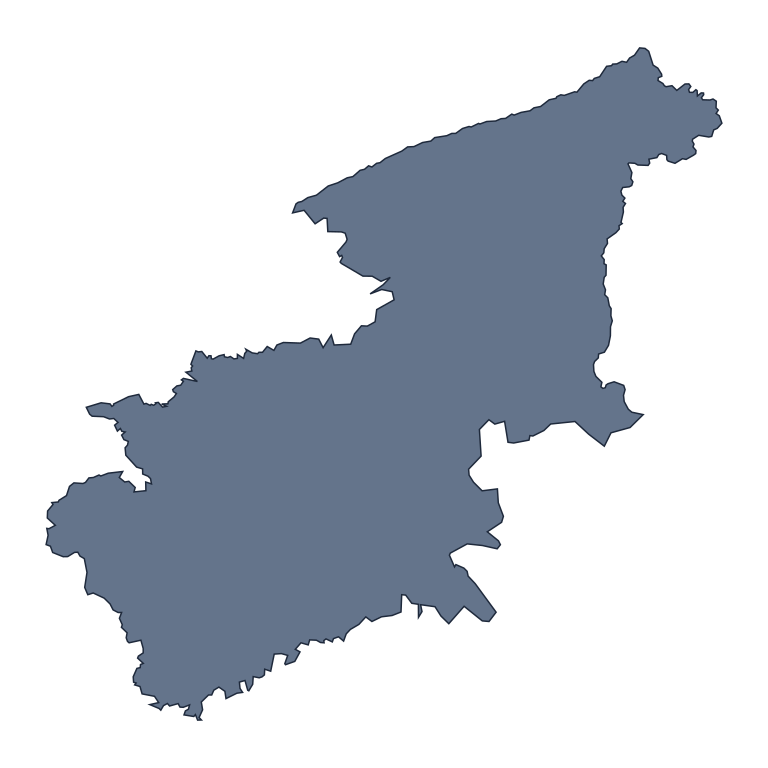 Namakwa, Northern Cape, South Africa, rotated 90°
{"feature_id": "47623444B2552562251298", "entity_name": "Namakwa", "entity_type": "district", "adm_level": 2, "iso_a3": "ZAF", "parent_name": "South Africa", "parent_adm1": "Northern Cape", "projection": "albers", "projection_center": [17.588, -30.489], "detail": "fine", "context": "isolated", "style": "filled", "palette": "slate", "viewbox_px": 768, "rotation_deg": 90, "n_neighbors": 0, "source": "geoboundaries", "source_scale": "gbopen_adm2", "svg_char_len": 6081}
<svg xmlns="http://www.w3.org/2000/svg" viewBox="0 0 768 768"><g transform="rotate(90 384 384)"><path d="M511.0,720.4L518.0,720.7L525.3,712.7L528.7,719.0L528.4,721.2L535.3,719.9L544.6,721.9L546.2,717.6L552.5,715.3L556.7,704.8L556.6,700.3L552.4,693.5L552.2,690.2L556.1,688.0L558.6,683.7L572.4,681.0L587.4,683.3L594.7,680.2L593.0,674.8L598.1,663.9L604.0,657.9L609.9,654.9L612.5,649.9L612.5,646.4L618.3,648.6L624.8,645.7L627.3,646.6L632.8,640.9L637.8,641.8L641.4,640.5L642.8,638.9L640.2,627.1L648.5,624.8L652.9,624.8L656.1,629.6L658.1,630.4L663.4,624.7L664.5,627.5L667.6,627.8L668.4,631.1L676.8,634.8L682.2,634.4L683.0,631.9L684.9,633.3L686.5,628.0L693.9,625.9L696.3,613.5L702.6,609.3L704.6,618.2L708.5,608.9L710.2,607.2L705.6,604.5L703.5,600.6L706.0,598.4L703.6,589.9L707.1,588.0L707.3,584.7L704.9,578.4L709.2,579.6L710.9,582.6L714.9,584.0L716.5,574.2L714.6,572.6L720.1,570.4L720.0,566.6L717.5,568.9L709.8,565.4L702.0,566.7L695.0,559.5L695.0,556.3L690.2,554.2L687.1,549.1L691.3,543.1L698.6,542.0L693.2,531.1L692.4,525.4L688.4,528.0L682.1,528.6L680.5,523.0L690.2,520.3L690.8,519.2L684.3,515.3L676.6,514.8L677.8,508.8L676.9,506.0L674.9,503.6L669.2,503.3L671.2,497.3L654.1,493.8L653.6,486.6L655.4,480.3L663.7,483.2L664.7,482.5L661.4,473.2L651.9,468.0L649.3,472.7L642.8,467.0L644.9,459.8L639.9,458.3L640.2,451.6L642.5,447.5L642.8,443.9L640.6,444.2L638.9,442.0L641.9,435.7L638.6,434.5L636.8,429.5L641.1,424.4L633.9,421.8L629.4,417.6L624.4,409.1L616.9,402.2L621.5,396.1L616.8,386.5L615.5,375.9L612.0,367.0L594.7,366.3L595.1,362.3L603.3,356.2L604.3,349.6L617.3,349.5L611.6,346.0L604.7,347.4L606.7,333.0L616.1,327.0L623.7,319.2L606.3,303.9L620.9,285.7L621.5,279.0L612.2,271.9L583.8,292.7L576.1,299.9L571.3,300.9L568.1,304.1L564.6,312.1L566.9,313.5L555.2,318.6L553.1,317.7L543.9,300.8L545.5,285.6L548.8,270.8L544.7,267.6L540.9,269.5L531.8,280.7L522.3,266.4L516.3,264.6L502.8,269.7L488.9,270.6L490.8,285.9L482.2,294.5L475.2,298.9L469.2,299.4L456.1,286.9L429.5,288.6L419.7,279.1L424.1,273.2L421.3,263.4L442.3,260.0L443.0,254.3L440.1,239.0L435.6,238.1L436.0,235.1L430.5,224.1L424.0,217.3L421.5,193.0L434.2,179.3L446.2,163.7L432.8,157.0L427.5,137.9L414.6,124.8L412.2,136.2L409.2,139.7L401.6,143.8L395.3,144.5L389.6,142.9L385.4,144.3L381.8,153.9L383.7,160.0L385.0,161.9L387.7,162.7L388.4,165.1L386.8,167.1L382.3,166.1L376.4,172.1L371.4,174.1L364.6,174.5L361.5,173.4L357.9,169.7L354.0,169.4L352.2,163.6L345.4,159.5L335.8,157.6L326.7,157.5L320.8,155.7L315.8,157.1L308.6,156.9L305.8,158.7L297.8,160.2L294.7,163.3L289.8,162.5L284.0,164.8L277.3,163.8L275.3,162.0L264.9,161.8L263.7,164.0L259.6,163.8L255.9,166.7L252.8,164.2L248.7,163.8L243.4,160.5L238.9,160.9L232.7,152.1L229.0,148.7L225.7,149.0L223.6,145.8L222.4,147.0L212.0,144.6L207.3,144.9L203.5,142.5L201.3,145.2L198.1,143.1L195.1,146.1L191.2,147.1L187.5,145.3L186.8,138.8L185.5,136.3L181.8,135.1L178.6,137.2L172.6,136.1L163.9,140.0L162.9,139.0L163.3,133.1L165.0,130.2L165.4,119.9L163.1,118.3L159.2,119.1L157.6,111.1L154.5,109.2L153.5,106.4L155.4,101.4L159.7,101.1L161.1,99.9L163.3,93.0L158.7,85.5L159.4,81.9L155.2,74.5L153.6,72.3L150.5,72.0L146.9,75.0L144.1,74.0L141.2,75.7L139.2,75.4L135.3,69.3L137.0,59.2L136.4,56.3L129.9,54.3L128.4,50.8L123.2,46.1L115.8,48.7L113.5,51.9L110.1,49.7L107.8,52.0L101.2,51.7L99.0,55.0L100.0,58.0L99.8,65.3L97.8,66.6L94.7,64.3L93.0,64.5L92.9,66.8L96.0,70.6L90.6,70.9L89.7,72.1L92.4,75.2L92.3,78.5L89.6,79.4L86.5,77.2L83.9,79.1L84.0,83.0L90.4,91.2L85.7,96.0L86.7,101.9L85.8,103.6L83.5,105.1L80.5,110.0L77.7,109.7L76.3,106.2L74.2,106.4L68.1,110.2L65.1,114.9L51.3,119.3L48.4,123.0L47.9,128.4L55.2,133.5L58.0,138.4L62.3,141.4L61.3,146.0L63.9,151.2L64.1,155.3L65.7,156.5L66.3,161.4L76.7,168.3L78.4,173.7L80.6,175.4L80.3,178.8L83.9,184.2L92.2,191.1L91.8,193.4L95.4,203.7L94.8,207.2L96.7,211.2L98.3,212.0L99.8,218.8L106.5,227.4L107.8,234.0L110.8,238.0L112.4,246.9L115.1,253.9L114.1,256.2L118.4,262.4L118.7,266.9L121.0,272.3L121.5,281.3L124.0,288.1L123.4,289.4L127.0,296.8L126.5,299.0L128.5,305.5L133.4,312.3L133.4,316.2L135.7,321.2L137.6,333.3L141.1,337.2L142.5,345.4L146.6,354.0L146.9,360.4L151.1,366.2L158.5,382.7L162.7,388.0L163.3,391.4L167.0,396.1L165.8,399.4L169.3,403.5L170.3,407.9L176.6,415.1L177.8,420.8L182.8,430.2L186.0,439.8L195.2,451.6L197.6,460.2L201.5,466.2L202.3,469.8L203.9,472.0L212.9,475.4L210.3,463.9L223.8,452.9L218.1,444.3L218.4,440.9L231.6,440.2L231.9,426.6L233.2,422.8L239.3,420.9L242.0,422.0L252.3,430.7L256.6,428.4L255.4,426.3L257.5,425.5L262.0,427.9L263.4,426.7L276.1,405.1L276.2,395.8L281.3,387.0L277.4,377.7L284.8,384.9L293.9,397.9L289.5,386.3L291.7,375.8L299.8,373.9L309.6,391.3L321.8,392.9L326.1,400.7L325.8,406.6L333.8,413.4L344.2,417.3L345.0,433.9L335.0,436.7L347.7,444.9L339.1,449.3L338.0,457.9L343.1,467.6L342.5,484.6L345.0,491.1L350.4,494.1L346.5,500.8L352.3,505.5L352.3,509.1L353.7,510.4L352.9,515.8L349.2,522.2L351.2,521.3L353.4,523.2L358.4,524.4L354.4,530.6L358.4,530.6L358.9,534.1L356.5,537.6L357.5,540.3L356.8,543.5L354.6,543.9L355.8,548.9L359.1,554.9L358.7,556.6L355.8,557.0L355.7,559.1L358.2,560.8L351.5,566.2L351.9,569.7L350.9,572.1L364.3,577.1L366.0,575.4L367.8,576.8L371.0,576.2L372.2,582.1L381.5,570.6L378.4,584.6L379.9,586.6L381.3,584.6L385.2,587.3L385.9,591.1L389.6,595.3L391.7,594.6L393.5,591.6L396.9,593.9L401.7,599.7L403.8,600.1L404.0,606.3L406.3,601.5L407.1,605.5L402.4,609.7L402.8,612.6L403.7,612.1L405.3,614.3L404.3,616.8L405.4,617.8L403.4,621.9L404.1,624.1L394.4,629.2L396.7,639.5L404.0,654.4L405.3,654.4L406.4,656.1L403.9,657.9L402.8,666.9L407.3,681.7L414.1,678.4L416.2,675.9L416.7,664.4L419.0,658.5L418.5,654.2L422.4,650.0L425.2,653.4L431.1,650.6L428.5,647.6L431.3,646.2L432.0,642.9L435.1,646.4L439.6,644.1L441.4,639.7L445.1,640.5L447.8,642.9L455.2,642.2L467.1,631.4L468.9,625.4L474.0,625.3L476.2,620.0L478.6,617.5L483.9,616.5L482.0,622.3L490.7,622.1L491.9,634.0L487.5,632.8L481.3,639.2L482.0,643.3L477.5,648.7L471.5,645.3L473.2,659.8L476.0,667.2L475.0,669.0L477.5,674.6L477.9,679.1L482.4,682.5L483.5,685.0L482.9,694.1L486.4,698.5L495.6,701.5L500.2,708.9L502.0,709.8L502.6,716.2L504.5,715.0L511.0,720.4Z" fill="#64748b" stroke="#1e293b" stroke-width="1.5"/></g></svg>